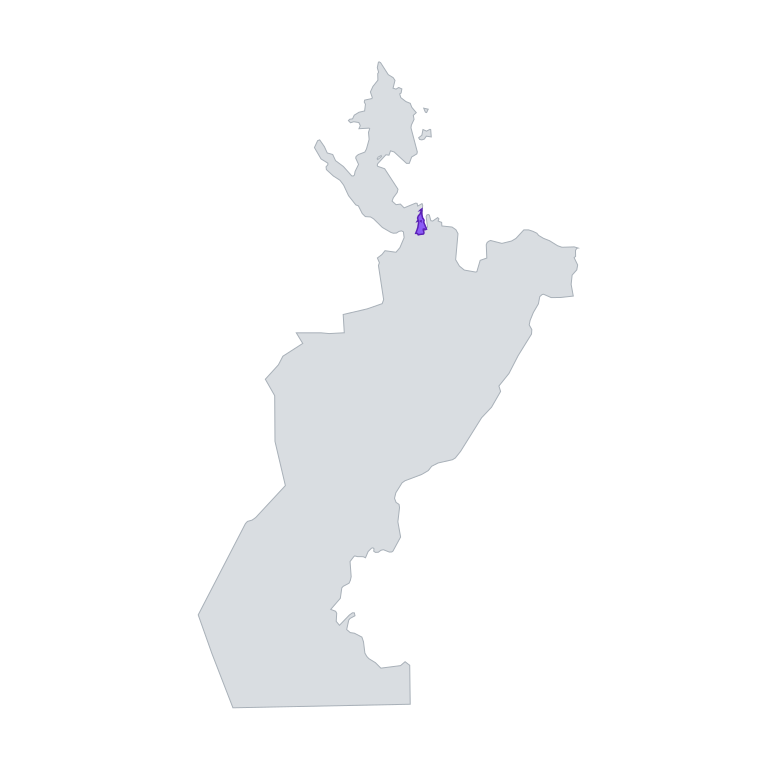 Khavas, Sirdaryo, Uzbekistan (highlighted), rotated 265°
{"feature_id": "79887680B15135305398470", "entity_name": "Khavas", "entity_type": "district", "adm_level": 2, "iso_a3": "UZB", "parent_name": "Uzbekistan", "parent_adm1": "Sirdaryo", "projection": "equal_earth", "projection_center": [68.817, 40.265], "detail": "fine", "context": "in_parent", "style": "filled", "palette": "violet", "viewbox_px": 768, "rotation_deg": 265, "n_neighbors": 0, "source": "geoboundaries", "source_scale": "gbopen_adm2", "svg_char_len": 4712}
<svg xmlns="http://www.w3.org/2000/svg" viewBox="0 0 768 768"><g transform="rotate(265 384 384)"><path d="M613.7,340.9L625.6,335.3L632.2,339.1L632.8,341.2L625.6,345.3L619.1,347.6L617.1,352.9L610.7,355.2L604.2,362.5L594.1,370.0L593.9,371.6L594.8,372.8L598.2,373.7L605.0,377.8L611.5,375.5L613.1,376.0L614.8,378.4L616.7,385.1L619.6,387.0L629.0,390.5L636.1,390.5L639.6,392.0L640.2,391.4L640.5,381.3L643.5,382.9L646.7,381.7L647.9,376.7L647.2,373.4L649.5,371.5L650.7,372.8L650.9,375.8L654.4,377.8L656.9,382.8L657.7,388.5L664.3,389.9L666.6,388.9L668.5,389.5L669.4,396.8L670.4,397.3L676.1,395.9L681.4,398.9L687.2,404.4L693.7,404.8L695.1,405.8L699.7,404.9L705.1,406.5L705.3,407.3L704.4,408.6L691.8,415.2L688.3,419.9L685.5,421.4L677.9,418.8L676.7,421.7L678.1,424.5L676.4,427.5L672.4,426.4L671.6,424.9L667.8,425.7L663.4,430.5L661.3,434.6L657.2,435.8L651.5,439.8L649.1,436.6L645.0,437.0L639.5,433.8L636.8,433.2L612.3,437.4L610.4,436.8L607.7,431.3L601.6,428.4L601.8,425.7L614.3,414.3L615.7,410.8L611.5,408.9L612.2,405.9L604.0,396.9L602.5,396.3L601.4,396.7L598.4,403.4L576.8,414.9L573.6,413.8L568.7,409.5L565.5,408.0L561.6,411.6L561.8,416.0L557.7,419.4L561.4,431.2L561.1,432.7L558.3,433.1L560.4,437.6L558.6,438.1L548.2,436.4L536.1,439.1L536.4,441.0L547.2,440.6L548.7,441.5L549.0,442.9L548.3,443.9L542.6,444.9L542.1,446.7L545.1,452.0L543.7,453.1L541.6,452.1L540.0,455.5L536.4,455.4L534.4,465.5L531.4,469.1L527.3,470.8L501.6,466.2L494.9,469.4L490.5,473.9L487.5,485.1L487.8,486.3L498.8,490.6L500.5,497.4L513.8,498.0L516.0,499.1L517.1,500.8L517.7,502.6L513.8,513.7L515.3,523.5L517.5,528.1L525.3,536.7L524.9,541.5L523.1,545.7L520.9,549.4L518.5,551.0L515.2,555.6L512.3,561.4L506.6,569.0L504.7,573.2L504.0,585.5L502.5,589.2L502.3,587.8L500.3,586.4L494.4,586.0L493.3,584.4L485.7,587.3L480.9,586.0L476.1,580.9L466.9,579.1L455.1,580.2L454.8,567.6L455.5,558.1L459.5,550.8L459.4,549.4L457.5,546.8L450.4,544.8L442.2,539.0L434.6,535.1L430.2,533.8L425.3,536.0L420.9,535.3L400.7,520.2L383.6,509.4L372.0,498.3L366.4,499.5L351.5,489.1L341.9,478.3L310.2,454.4L304.1,448.6L302.6,445.6L300.6,431.0L297.9,424.3L293.9,420.6L290.6,413.6L285.8,396.5L284.0,393.4L274.6,386.3L269.2,384.5L265.0,385.7L262.7,388.5L259.5,388.7L245.5,385.8L230.1,387.2L216.8,378.4L216.0,377.1L216.1,374.7L219.0,368.9L218.6,366.4L216.9,363.7L217.0,360.8L218.3,359.2L220.8,359.7L221.8,358.7L221.5,357.2L218.5,353.6L212.5,350.4L213.8,348.2L214.3,342.7L215.3,339.8L214.6,338.8L210.1,334.7L194.9,334.5L191.4,333.4L188.6,331.8L186.0,325.7L184.6,324.2L174.3,321.8L164.1,311.3L161.8,316.0L159.7,316.9L151.7,315.7L147.5,318.6L156.8,329.3L158.8,332.6L158.6,334.5L155.7,334.9L153.4,329.7L151.9,328.3L142.6,325.4L139.3,328.7L138.3,332.8L133.8,339.9L129.0,341.1L117.6,341.5L114.1,343.1L111.7,345.0L107.1,351.2L101.2,356.1L102.0,375.9L105.5,380.8L101.5,385.1L62.7,382.2L74.6,205.3L130.4,189.1L170.2,178.8L257.0,233.8L259.0,236.0L259.9,240.7L262.1,244.5L291.4,276.9L336.4,270.4L381.9,274.1L399.1,266.2L412.3,280.5L420.5,285.7L431.5,306.6L442.6,301.1L440.4,326.1L439.0,333.8L438.5,348.9L456.8,349.4L460.3,373.8L464.2,389.2L468.1,391.0L502.6,388.8L505.2,390.0L510.1,388.4L513.2,393.3L516.7,396.6L514.2,407.4L518.4,411.7L528.0,416.8L533.9,416.6L535.0,414.8L534.7,412.2L533.3,409.6L533.4,406.4L534.4,404.1L540.1,396.0L549.5,388.0L551.6,385.1L552.4,380.0L555.7,377.2L563.7,374.0L564.9,371.5L574.7,365.1L585.7,361.1L590.8,357.9L595.6,351.7L602.6,345.3L605.4,345.2L607.3,347.2L608.9,347.3L613.7,340.9ZM611.9,401.1L610.6,398.0L608.9,396.8L608.1,397.3L610.8,401.3L611.9,401.1ZM633.3,452.7L626.0,452.6L627.2,447.8L624.5,445.5L623.9,443.0L624.5,440.8L626.3,440.0L628.5,443.4L634.1,445.0L632.2,448.4L633.7,452.0L633.3,452.7ZM655.3,447.6L653.9,452.0L650.7,450.1L651.2,448.9L655.3,447.6Z" fill="#d9dde1" stroke="#a8b0b8" stroke-width="1"/><path d="M534.5,439.9L535.0,439.7L535.7,439.6L536.4,439.4L537.2,439.1L540.7,438.0L541.5,437.6L542.9,438.0L543.5,438.2L544.5,437.9L545.3,437.4L545.6,437.1L547.2,436.8L549.2,436.5L550.0,436.5L551.0,436.5L552.1,436.5L553.2,436.9L554.1,436.8L555.1,437.0L555.0,436.8L554.4,435.7L553.8,435.0L554.0,436.1L553.6,436.6L553.0,436.6L552.7,436.0L552.3,435.8L551.5,435.3L550.5,434.9L549.7,434.2L548.8,433.1L547.6,432.4L546.4,431.9L545.4,432.1L544.5,432.2L543.2,431.3L543.6,432.5L542.7,432.5L541.5,432.5L540.0,432.1L538.5,431.7L537.1,431.4L536.2,431.0L534.1,430.1L531.3,428.7L531.2,429.4L530.9,430.5L529.6,431.1L529.7,431.9L529.9,433.5L529.9,435.2L530.0,436.4L530.8,436.9L531.7,437.0L533.0,436.7L534.1,436.5L534.2,436.8L534.9,436.8L534.9,437.8L534.1,438.1L534.4,439.7L534.5,439.9ZM543.2,434.6L543.3,435.2L543.2,435.2L542.9,435.1L543.1,435.0L543.1,434.6L543.2,434.6ZM554.5,436.6L554.4,436.8L554.4,436.7L554.5,436.6Z" fill="#8b5cf6" stroke="#5b21b6" stroke-width="1.5"/></g></svg>